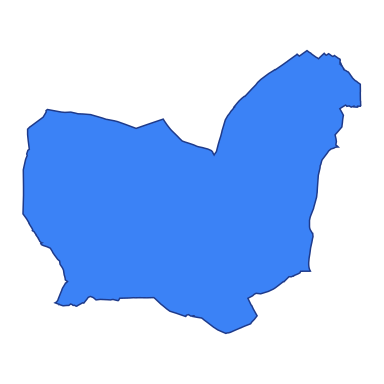 Ozolaines pag., Rezeknes, Latvia (Robinson projection)
{"feature_id": "27541924B10395676921147", "entity_name": "Ozolaines pag.", "entity_type": "district", "adm_level": 2, "iso_a3": "LVA", "parent_name": "Latvia", "parent_adm1": "Rezeknes", "projection": "robinson", "projection_center": [27.268, 56.437], "detail": "fine", "context": "isolated", "style": "filled", "palette": "blue", "viewbox_px": 384, "rotation_deg": 0, "n_neighbors": 0, "source": "geoboundaries", "source_scale": "gbopen_adm2", "svg_char_len": 5691}
<svg xmlns="http://www.w3.org/2000/svg" viewBox="0 0 384 384"><path d="M297.1,54.2L296.9,54.5L287.7,61.1L287.5,61.3L287.2,61.6L286.5,62.0L282.9,64.6L275.3,69.8L275.0,69.6L272.5,71.2L268.8,73.5L266.5,75.2L260.9,79.4L257.7,82.4L255.8,84.9L251.6,89.2L244.9,96.4L244.4,96.3L242.0,98.2L239.5,100.5L237.3,103.0L234.1,106.9L234.5,107.1L233.5,108.1L232.9,109.1L230.9,111.3L230.1,112.6L229.1,114.0L227.8,115.6L225.3,119.9L223.1,127.3L222.8,128.3L222.1,130.6L221.8,132.1L220.8,136.0L219.5,140.1L218.3,144.2L216.4,151.6L214.2,154.7L214.1,154.9L213.9,154.5L213.4,153.8L213.1,153.3L212.7,152.2L212.3,151.6L211.8,151.1L211.3,150.6L210.7,150.3L208.9,149.5L207.7,149.0L204.6,148.2L202.5,147.6L198.6,146.8L197.2,146.4L196.2,146.0L195.6,145.7L193.7,144.9L192.3,144.4L188.7,143.2L184.9,142.0L183.0,141.3L182.2,141.0L179.6,138.5L177.4,136.2L171.6,130.5L170.4,129.2L168.9,127.3L166.9,124.7L164.5,121.2L163.2,119.1L151.7,123.0L144.4,125.5L136.1,128.4L125.1,124.3L117.5,121.6L114.3,120.8L106.9,119.4L106.4,119.4L102.3,118.0L90.6,114.6L83.1,114.0L78.0,113.8L75.7,113.2L70.8,112.1L64.9,112.4L61.5,112.1L47.4,109.5L46.3,110.4L46.0,110.7L46.2,112.0L43.6,116.4L43.1,117.2L31.1,126.1L29.9,126.9L27.6,129.2L27.6,134.6L28.2,140.5L29.3,149.3L27.9,150.3L26.7,154.0L27.0,154.8L27.2,155.5L25.6,159.4L23.3,169.8L23.5,186.6L23.5,195.5L23.0,213.9L26.7,219.0L29.2,223.3L29.0,223.5L32.4,229.0L32.6,229.4L32.5,229.9L32.3,230.4L32.5,230.8L32.9,231.0L33.7,231.3L34.0,231.5L34.3,232.1L35.7,234.1L36.2,234.8L36.0,235.0L37.8,237.5L38.3,238.5L38.4,238.4L39.7,241.1L39.8,241.3L41.3,242.7L41.4,242.8L41.8,242.9L40.8,243.4L41.4,244.6L43.2,245.5L46.9,246.7L48.5,247.4L50.3,248.2L52.3,251.4L52.9,252.7L54.8,255.5L55.0,255.7L57.8,259.5L58.1,259.7L59.6,261.0L60.1,264.4L62.4,267.8L63.5,270.2L64.2,274.9L64.6,276.1L65.1,278.1L65.3,279.9L67.5,281.5L67.4,281.6L66.3,282.8L65.5,283.0L65.3,283.4L65.1,283.9L62.5,288.2L61.9,289.7L61.6,290.7L61.1,291.8L58.3,298.8L57.8,300.3L56.9,301.5L56.5,302.0L55.1,302.8L55.9,303.1L59.2,304.4L59.2,304.5L59.4,304.4L60.3,304.9L63.1,305.8L66.2,305.5L68.9,305.4L70.6,304.0L72.0,304.5L72.4,304.7L72.8,305.2L73.1,305.4L73.4,305.4L74.2,305.3L74.6,305.3L75.7,306.0L76.0,306.1L76.5,306.2L76.9,306.1L77.7,305.5L82.7,302.8L83.8,303.1L84.1,302.7L87.0,299.1L88.1,297.5L88.6,297.2L90.2,296.5L90.6,296.5L91.3,296.8L93.1,297.5L93.7,297.9L95.1,299.1L96.0,299.9L100.3,299.4L107.1,299.7L110.8,299.9L111.3,299.7L112.5,299.5L113.3,299.5L115.2,300.0L117.7,300.6L118.5,300.5L119.8,298.2L121.0,298.2L128.7,298.0L133.7,297.7L135.1,297.8L139.7,297.7L146.8,297.8L153.8,297.6L154.7,298.3L155.7,299.2L161.3,304.5L162.3,305.2L164.7,307.2L166.7,308.9L169.9,311.2L173.6,312.4L175.9,313.1L185.7,316.5L185.9,316.4L185.8,316.0L185.9,315.7L186.1,315.5L187.3,314.9L188.0,314.8L188.5,314.6L188.8,314.8L190.5,315.9L190.7,316.0L191.1,316.1L192.9,315.9L193.5,315.7L194.1,315.8L194.4,316.0L194.5,316.3L194.4,316.5L194.0,316.7L197.7,317.4L201.6,318.0L202.6,318.7L204.0,319.9L207.1,322.2L213.6,327.2L217.8,329.9L222.1,331.8L225.9,333.4L226.3,333.2L226.7,333.1L227.4,332.9L228.7,332.8L228.8,332.8L229.6,332.5L230.1,332.4L231.1,332.0L235.8,329.9L244.7,326.1L250.6,323.8L251.8,322.0L254.5,319.2L257.1,315.8L253.2,308.8L251.7,305.5L251.1,305.0L247.9,298.3L252.6,295.8L254.2,294.3L256.1,293.3L260.7,293.8L268.4,291.4L273.3,289.1L275.2,287.9L283.4,281.6L283.9,281.8L289.0,276.7L291.3,276.8L293.1,276.0L293.3,276.2L293.5,276.1L294.4,275.4L298.2,273.8L300.0,272.8L300.6,271.3L303.3,271.2L309.8,271.2L310.4,271.1L309.7,269.8L309.5,269.3L309.1,267.9L308.9,266.8L308.8,266.1L308.7,264.5L308.7,262.5L308.8,261.4L309.1,258.2L309.8,253.9L310.1,251.7L310.6,247.9L311.9,242.0L312.5,238.7L313.0,236.7L312.7,233.3L312.2,233.1L311.9,232.5L310.7,230.5L310.3,229.8L310.0,229.1L309.8,228.5L309.7,228.2L309.6,227.5L309.5,226.5L309.5,222.8L309.5,222.3L309.5,220.3L310.2,217.1L310.7,215.7L312.7,210.6L313.5,208.6L313.7,207.8L313.8,207.2L314.4,205.1L316.6,197.1L317.0,193.3L317.1,192.9L317.2,191.4L317.4,187.8L318.1,178.2L318.3,175.3L318.9,172.8L320.0,168.0L320.2,165.7L320.8,164.4L321.6,161.2L321.9,160.4L322.2,159.7L325.4,155.5L327.0,153.4L328.8,150.8L331.0,149.0L333.9,148.1L335.3,147.3L335.7,147.2L337.2,147.0L338.2,147.0L337.4,146.2L335.8,144.9L335.9,144.3L336.4,141.7L336.0,138.8L335.1,134.8L338.7,130.7L341.9,126.9L342.0,125.6L342.4,122.8L342.5,121.6L342.7,119.5L343.2,116.2L343.4,115.3L342.0,112.6L339.8,108.7L342.4,107.0L345.6,105.1L346.6,105.9L346.8,106.3L349.3,105.9L349.5,106.1L351.2,107.1L353.8,106.2L353.7,106.9L356.2,107.1L357.6,107.1L357.6,106.2L361.0,106.2L360.8,106.1L360.7,105.5L360.7,104.8L360.6,103.5L360.6,101.4L360.4,100.5L360.3,92.5L360.4,91.3L360.3,84.3L359.8,83.8L358.1,82.7L356.5,81.3L355.3,80.7L353.6,79.1L352.2,77.6L351.8,76.8L351.0,75.8L349.4,73.4L348.6,72.4L348.2,72.0L347.9,71.7L347.5,71.7L346.4,71.0L346.3,70.9L345.9,70.6L345.3,70.3L345.0,70.2L344.9,70.2L344.5,70.0L344.4,69.9L344.0,69.7L344.0,69.4L343.8,69.4L343.8,69.2L343.8,68.9L343.5,68.8L343.4,68.5L343.5,68.3L343.2,68.0L343.1,67.8L343.0,67.6L342.8,67.3L342.6,66.9L342.1,66.4L342.2,66.2L341.9,65.5L341.6,65.3L341.2,65.3L341.2,65.2L341.3,65.1L341.3,64.8L341.3,64.7L341.0,64.7L340.9,64.5L340.9,64.4L340.5,64.2L340.8,64.1L340.9,63.9L340.7,63.8L340.6,63.7L340.1,63.6L340.1,63.4L340.3,63.1L340.2,62.9L340.5,62.8L340.1,62.3L339.9,62.1L339.9,61.9L340.0,61.7L340.2,61.0L340.1,60.9L340.1,60.7L340.2,60.4L340.2,60.0L340.1,59.8L339.9,59.7L339.7,59.5L339.9,59.2L338.7,58.4L338.0,58.1L336.7,57.1L336.5,56.9L336.0,56.7L334.8,55.8L334.5,55.5L332.9,56.5L331.3,55.6L330.0,54.6L328.6,53.7L326.4,55.2L326.2,55.2L325.7,54.9L324.2,53.3L320.0,57.2L319.7,57.6L318.5,58.7L316.9,57.6L316.0,57.2L311.6,54.0L310.7,53.1L309.2,52.3L307.0,50.6L299.3,56.1L297.1,54.2Z" fill="#3b82f6" stroke="#1e3a8a" stroke-width="1.5"/></svg>